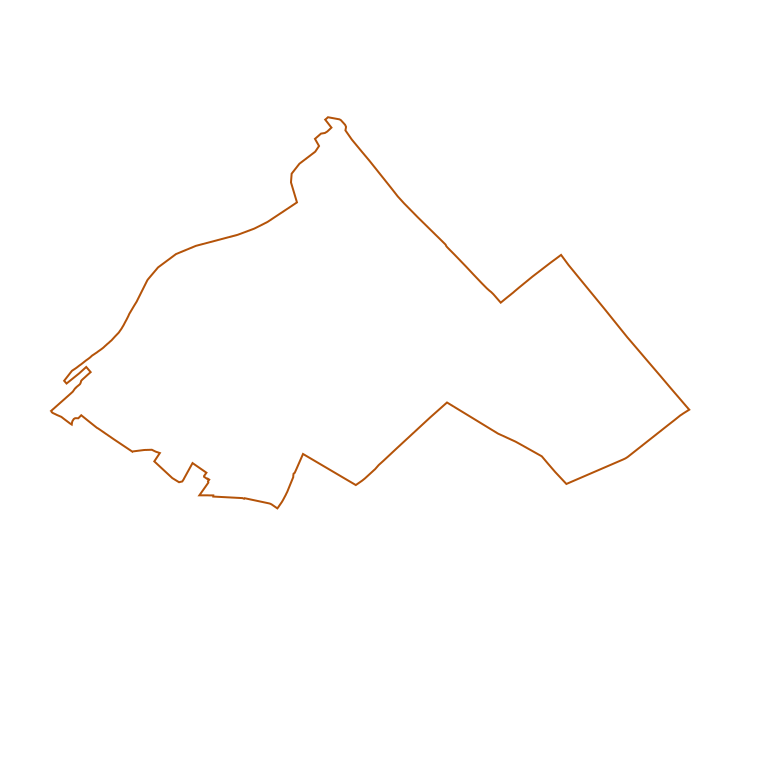 Sendreni, Galati, Romania (orthographic projection), rotated 123°
{"feature_id": "2599482B83097293031485", "entity_name": "Sendreni", "entity_type": "district", "adm_level": 2, "iso_a3": "ROU", "parent_name": "Romania", "parent_adm1": "Galati", "projection": "orthographic", "projection_center": [27.927, 45.451], "detail": "fine", "context": "isolated", "style": "outline", "palette": "amber", "viewbox_px": 768, "rotation_deg": 123, "n_neighbors": 0, "source": "geoboundaries", "source_scale": "gbopen_adm2", "svg_char_len": 3118}
<svg xmlns="http://www.w3.org/2000/svg" viewBox="0 0 768 768"><g transform="rotate(123 384 384)"><path d="M542.9,652.9L555.5,654.0L556.5,650.5L541.0,645.4L531.9,643.0L533.5,637.5L533.8,636.5L537.8,637.6L540.9,638.4L544.6,639.4L546.1,639.7L548.1,639.1L549.3,638.9L550.1,639.0L553.3,640.0L555.1,640.5L555.3,640.4L556.2,640.7L559.1,640.8L559.8,640.8L561.4,641.2L587.8,648.5L587.8,648.0L588.2,647.8L588.6,647.3L588.7,646.0L588.3,643.1L588.1,641.3L587.3,636.7L587.6,633.2L588.0,627.4L588.1,625.9L588.1,623.8L585.9,624.8L584.7,625.1L583.6,625.1L582.3,625.1L580.9,624.4L579.2,621.7L575.1,620.9L576.0,612.2L577.1,600.9L577.0,599.5L577.5,580.6L577.8,558.1L577.5,558.1L570.4,549.7L569.9,549.1L565.6,542.9L565.1,538.7L564.0,534.4L574.0,534.5L578.2,510.3L578.0,502.4L575.6,500.1L572.7,500.1L572.4,500.2L554.6,501.5L554.7,498.2L555.1,484.6L559.1,484.8L559.8,484.4L559.9,480.2L559.4,480.2L559.4,478.5L561.5,478.6L562.4,477.6L572.6,478.0L577.9,478.2L570.4,466.5L571.4,465.9L556.8,440.6L556.4,438.8L555.7,438.7L546.7,415.3L546.4,414.3L546.3,413.6L546.2,412.7L546.4,405.7L545.5,405.6L538.5,405.4L536.3,405.5L530.5,406.0L529.2,406.2L527.2,406.4L520.5,407.7L511.5,409.4L510.4,410.1L508.4,411.0L507.1,410.5L503.9,411.0L503.2,411.1L486.8,413.8L484.1,352.6L477.0,349.7L473.7,348.6L461.4,345.4L460.4,345.1L456.9,344.6L454.8,344.3L448.9,342.7L431.5,338.4L387.0,327.1L365.2,321.1L364.3,290.2L363.5,261.3L360.7,242.3L360.3,236.8L358.7,212.3L361.4,203.4L364.6,192.4L368.5,176.6L317.0,142.3L314.9,141.0L313.6,140.4L312.5,139.9L264.1,123.5L256.0,120.7L249.0,118.4L247.0,117.5L246.2,117.2L243.8,116.1L239.3,114.0L238.0,118.6L231.3,141.4L226.9,156.0L220.3,178.4L217.4,188.1L213.2,202.3L212.3,205.4L200.7,240.7L187.6,281.9L187.5,282.2L183.7,294.1L179.3,305.8L191.6,310.4L213.1,318.0L229.7,323.3L235.3,325.0L236.8,325.4L245.3,328.2L252.2,330.4L249.1,341.3L248.8,342.8L248.5,344.3L248.3,346.4L247.8,349.7L246.3,356.6L243.4,368.8L240.9,378.9L237.1,395.3L235.7,401.8L234.9,405.4L234.3,407.2L233.8,407.8L233.5,408.5L225.8,446.4L223.5,456.8L221.6,465.4L219.2,474.6L216.1,483.6L204.7,517.8L201.4,528.6L197.8,540.1L196.5,544.2L192.3,554.5L190.8,555.1L189.0,555.9L187.8,557.8L186.2,563.9L186.3,565.5L190.8,576.3L192.8,576.8L193.7,577.1L194.3,577.3L197.6,567.7L203.2,569.1L205.7,570.3L208.3,573.2L216.0,575.4L217.3,572.9L219.8,568.1L226.6,568.2L245.3,574.9L257.9,576.0L265.6,571.8L279.1,555.9L301.5,565.6L311.6,570.0L324.3,577.4L338.6,588.0L370.6,617.0L388.3,629.2L409.3,637.0L424.4,638.9L425.8,639.0L448.0,636.5L449.5,636.3L454.4,636.2L464.0,635.8L466.4,635.4L469.2,635.1L470.1,635.0L472.8,634.8L475.9,634.5L477.1,634.4L478.3,634.4L479.8,634.3L481.3,634.3L483.5,634.4L484.6,634.4L485.7,634.5L487.2,634.8L489.8,635.3L490.9,635.5L492.1,635.7L493.9,636.0L495.8,636.3L497.8,636.9L499.5,637.3L501.0,637.8L502.6,638.2L504.4,638.7L506.1,639.1L507.9,639.7L510.0,640.5L512.2,641.4L513.9,642.0L515.5,642.7L517.4,643.5L519.2,644.3L520.0,644.5L521.6,644.9L523.1,645.4L524.7,646.0L526.4,646.7L528.2,647.3L529.7,647.8L530.9,648.2L532.6,648.8L534.6,649.6L537.2,650.5L539.0,651.2L540.6,651.9L542.2,652.6L542.9,652.9Z" fill="none" stroke="#b45309" stroke-width="2"/></g></svg>